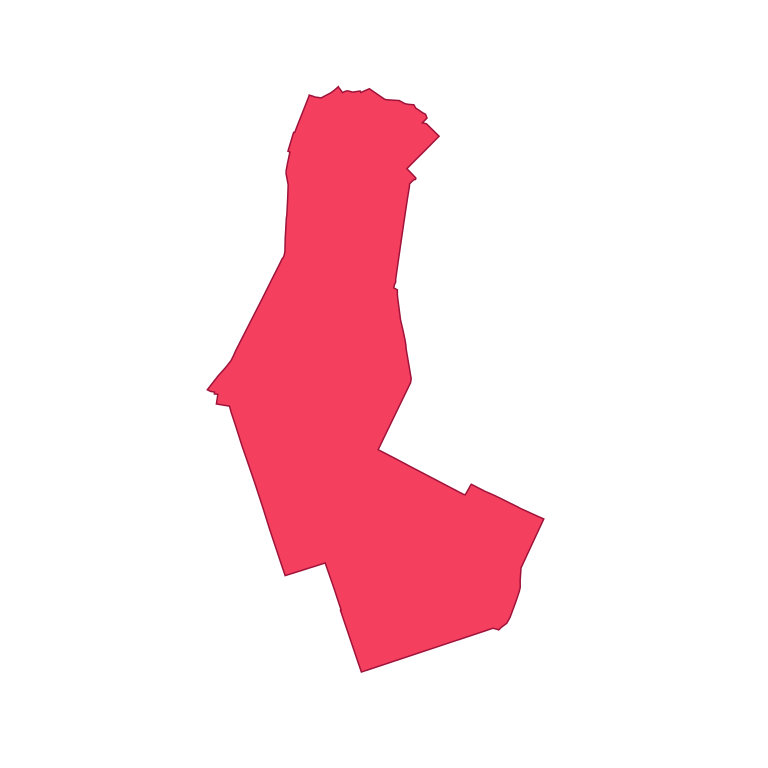 outline of Segarcea-Vale, Teleorman, Romania, rotated 134°
{"feature_id": "2599482B59807133225693", "entity_name": "Segarcea-Vale", "entity_type": "district", "adm_level": 2, "iso_a3": "ROU", "parent_name": "Romania", "parent_adm1": "Teleorman", "projection": "albers", "projection_center": [24.796, 43.848], "detail": "fine", "context": "isolated", "style": "filled", "palette": "rose", "viewbox_px": 768, "rotation_deg": 134, "n_neighbors": 0, "source": "geoboundaries", "source_scale": "gbopen_adm2", "svg_char_len": 2439}
<svg xmlns="http://www.w3.org/2000/svg" viewBox="0 0 768 768"><g transform="rotate(134 384 384)"><path d="M255.5,627.0L260.3,625.0L265.1,622.9L265.8,623.8L283.3,614.8L282.5,612.8L293.1,606.2L295.0,604.9L298.4,602.7L300.7,600.6L307.3,591.3L315.5,583.9L328.3,572.7L331.0,570.5L331.9,570.0L348.0,556.1L357.0,547.8L359.5,546.0L362.1,544.6L364.9,544.2L372.5,541.7L383.7,538.3L407.8,530.7L411.1,529.7L414.4,528.7L463.2,513.8L467.1,512.3L473.4,510.3L474.4,510.2L479.2,509.7L482.2,509.4L493.2,509.0L510.9,507.1L509.8,503.6L507.5,500.3L509.0,499.1L506.8,496.4L514.8,490.7L507.8,480.5L507.2,479.9L510.8,473.8L515.9,464.0L527.4,442.7L534.1,429.4L546.0,406.2L557.5,384.5L567.7,365.8L574.5,352.8L585.7,331.3L590.5,322.0L567.3,309.4L562.8,306.9L553.6,302.0L566.2,277.1L571.3,267.5L576.3,257.9L577.0,258.2L602.0,209.8L606.9,200.2L484.1,136.0L481.9,132.3L481.2,130.6L477.8,130.6L470.7,129.5L469.3,129.9L464.3,131.2L449.5,137.7L439.2,142.6L435.7,144.7L430.7,149.6L421.1,157.7L404.0,163.6L370.1,175.3L372.5,181.9L374.8,188.4L378.9,199.9L379.3,201.6L382.8,212.7L387.3,226.8L391.1,237.0L395.5,251.6L397.2,251.2L399.1,250.7L407.2,248.6L407.3,248.6L408.2,250.3L414.7,272.4L418.6,285.7L424.6,306.0L425.7,309.9L431.6,330.2L435.3,342.6L364.6,365.8L361.2,368.2L360.0,369.9L355.1,376.5L343.5,392.3L340.8,395.3L338.1,398.9L333.2,406.1L329.3,412.1L326.3,416.8L323.3,420.5L313.7,432.5L310.7,436.2L307.0,439.8L308.1,443.8L305.0,445.6L302.8,446.3L302.0,446.9L300.5,448.4L281.8,461.9L264.9,474.1L252.2,483.2L233.8,496.3L224.8,502.5L222.3,504.6L220.0,504.6L219.7,504.6L215.8,504.4L215.4,503.6L214.3,503.6L213.7,504.4L213.5,508.7L213.2,517.1L201.7,517.0L192.1,516.8L187.1,516.7L176.8,516.6L167.5,516.5L167.4,528.0L167.3,534.1L169.2,537.5L169.4,537.8L162.8,537.8L161.1,541.6L162.0,544.5L162.6,547.9L162.6,548.1L162.6,548.3L162.9,549.7L163.3,552.0L163.5,552.8L162.4,556.5L165.7,560.5L167.8,563.6L169.4,569.4L169.5,569.9L177.4,579.2L178.7,581.2L181.7,599.2L181.7,599.6L190.4,603.2L189.8,604.7L194.8,608.5L195.3,608.8L195.8,609.4L196.3,610.1L196.7,610.9L197.2,611.9L197.8,612.8L198.2,613.5L198.7,614.1L199.7,614.8L201.0,615.5L202.1,615.9L203.2,616.2L202.5,620.0L202.2,622.4L201.8,623.4L203.5,623.5L206.1,623.7L207.1,623.8L208.8,624.1L210.6,624.4L212.1,624.7L214.4,625.5L218.6,626.9L222.0,628.0L223.3,630.0L225.1,632.4L225.6,633.2L226.4,635.2L227.5,637.2L228.1,638.5L228.7,638.2L229.4,637.8L236.6,634.8L255.5,627.0Z" fill="#f43f5e" stroke="#9f1239" stroke-width="1.5"/></g></svg>